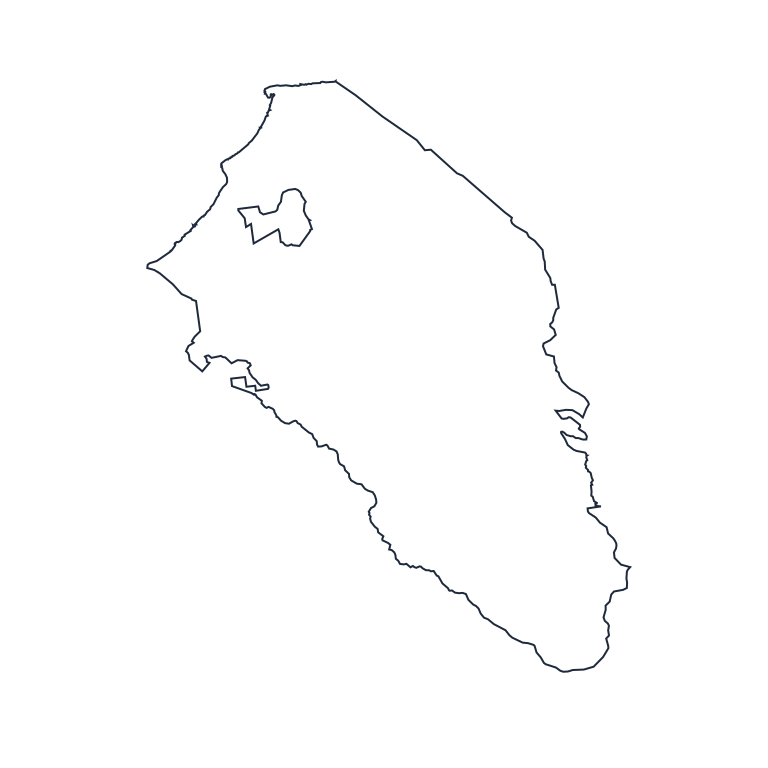 Asahan, Sumatera Utara, Indonesia, rotated 262°
{"feature_id": "22746128B26461090721788", "entity_name": "Asahan", "entity_type": "district", "adm_level": 2, "iso_a3": "IDN", "parent_name": "Indonesia", "parent_adm1": "Sumatera Utara", "projection": "orthographic", "projection_center": [99.752, 2.847], "detail": "fine", "context": "isolated", "style": "outline", "palette": "slate", "viewbox_px": 768, "rotation_deg": 262, "n_neighbors": 0, "source": "geoboundaries", "source_scale": "gbopen_adm2", "svg_char_len": 6153}
<svg xmlns="http://www.w3.org/2000/svg" viewBox="0 0 768 768"><g transform="rotate(262 384 384)"><path d="M690.8,378.3L690.2,377.2L690.8,368.4L691.9,365.1L691.8,363.6L690.9,362.8L691.7,355.0L691.1,353.7L691.8,351.0L691.2,348.8L691.8,348.3L691.4,346.6L692.6,343.0L691.6,343.1L691.1,340.7L692.0,337.4L691.7,334.6L693.4,328.6L693.7,322.7L694.6,320.0L694.3,312.4L692.6,307.2L691.0,306.4L690.4,307.0L689.8,306.4L689.5,306.9L688.2,306.5L688.3,307.2L683.8,309.0L683.4,310.4L684.0,311.5L686.1,312.3L687.4,312.0L685.9,313.0L686.5,315.0L685.9,315.6L685.1,315.5L683.5,313.5L678.0,311.3L676.0,309.7L675.4,310.1L671.9,308.4L671.1,309.4L670.7,307.8L668.8,306.7L668.8,306.1L666.7,306.2L666.2,305.6L665.8,306.0L665.3,304.2L661.5,302.3L655.9,298.0L655.2,298.1L655.2,297.0L654.6,297.4L653.3,295.6L649.9,293.5L643.5,287.0L643.8,286.3L643.3,286.7L641.4,283.7L640.3,283.0L633.7,272.6L633.6,271.5L632.8,271.0L632.2,268.9L631.2,267.7L630.9,265.7L630.2,265.5L629.7,263.4L629.0,263.3L628.8,261.3L628.0,260.8L628.3,259.8L627.7,258.1L625.2,253.8L624.4,253.3L623.4,253.8L622.7,253.1L622.0,253.7L621.3,253.1L620.3,253.9L617.6,254.0L613.8,256.1L610.2,257.2L605.9,256.8L603.9,255.5L601.4,251.9L597.4,248.3L595.7,247.0L593.9,246.6L591.9,244.4L585.7,240.1L583.4,237.0L581.3,236.2L579.2,232.8L576.3,230.3L575.9,229.0L575.0,228.7L575.1,227.3L572.6,223.8L569.5,220.3L568.6,220.4L569.0,219.7L568.5,218.9L568.0,219.8L566.3,218.6L566.2,217.8L567.3,217.0L566.2,217.1L563.2,213.6L562.5,213.9L559.6,207.3L558.4,207.3L557.1,204.4L555.0,203.6L554.0,202.3L553.1,200.1L553.5,198.5L552.7,196.8L552.0,197.0L551.7,196.2L550.3,196.5L545.9,192.4L545.7,191.2L545.0,191.2L537.4,176.1L536.2,168.7L535.0,166.6L531.8,165.7L528.9,172.4L524.8,177.4L512.1,188.8L501.2,196.1L495.4,205.2L494.2,205.6L492.4,209.4L461.8,209.3L457.2,203.1L454.7,200.9L453.1,199.7L451.3,201.3L448.9,195.7L444.0,192.5L442.2,194.1L440.0,194.8L434.4,194.8L421.8,205.8L429.2,214.1L430.6,211.7L433.7,211.8L436.1,210.5L436.7,212.8L436.7,214.2L433.9,216.9L434.5,226.5L433.1,228.1L432.4,230.6L425.7,235.9L428.0,242.3L426.3,250.0L425.5,251.4L424.2,251.9L423.3,254.0L421.0,254.6L418.5,251.1L416.2,252.3L413.8,252.4L408.9,254.8L406.1,257.5L402.3,259.5L399.4,261.9L399.7,268.5L399.1,269.2L396.5,269.3L395.3,268.4L395.1,256.2L400.2,256.2L400.4,247.4L410.2,247.4L410.6,233.4L403.1,233.2L393.5,251.5L391.5,253.7L392.1,254.2L391.5,255.2L388.4,256.5L384.4,260.7L381.9,260.0L377.9,262.8L376.7,264.4L377.4,266.5L374.9,270.4L373.2,271.6L371.5,271.6L367.7,273.1L366.5,272.9L365.8,274.4L362.0,276.9L359.0,280.6L357.9,284.4L359.7,289.0L360.0,291.0L359.5,292.1L357.3,293.1L355.4,295.8L353.2,296.5L346.4,302.9L344.4,305.9L340.4,306.8L336.8,309.4L333.3,309.3L331.2,310.0L330.9,313.4L331.9,318.3L331.0,319.4L327.7,320.6L326.1,324.9L323.8,327.6L320.9,328.4L315.1,328.1L312.4,328.6L310.8,329.4L308.0,333.0L304.0,333.5L299.9,336.8L296.5,336.6L293.1,338.1L289.1,343.2L287.8,347.8L283.0,350.4L280.8,353.0L278.4,357.8L274.9,359.4L270.7,360.1L267.4,359.9L264.2,357.4L263.0,353.9L259.6,351.1L258.3,351.7L256.6,351.0L254.5,352.3L252.6,351.5L249.4,351.9L244.0,355.0L241.4,357.5L237.9,357.6L233.3,362.2L230.7,360.6L229.4,360.8L226.1,365.8L223.9,367.9L219.4,366.1L218.5,368.5L215.9,370.7L213.4,371.5L209.3,371.4L207.0,373.5L203.6,374.8L202.6,378.5L202.8,381.2L198.8,384.7L199.8,387.3L198.3,388.7L197.5,390.6L198.4,393.6L198.1,395.1L196.1,396.6L193.8,399.6L193.2,402.9L192.0,404.4L191.9,407.2L187.0,409.5L186.0,411.1L178.4,414.1L172.8,419.0L170.6,419.7L170.1,420.4L170.1,422.6L167.5,425.3L166.4,429.2L166.2,432.8L164.6,435.9L158.6,437.5L153.2,441.6L151.4,444.2L148.5,446.4L143.2,447.8L138.7,450.5L136.6,454.2L130.9,459.4L123.2,470.1L117.8,473.2L114.9,475.8L108.6,485.3L107.3,490.6L104.8,495.9L103.6,496.7L96.9,497.7L91.4,501.2L85.6,503.5L84.0,505.1L79.3,514.8L75.5,518.7L74.1,521.5L73.7,526.2L74.5,531.1L73.4,542.2L74.9,552.3L83.2,563.0L91.1,569.4L93.3,569.6L101.0,568.6L103.6,571.8L108.8,571.7L113.3,573.1L115.6,572.4L118.7,569.7L122.3,568.9L129.5,572.1L133.7,572.6L137.1,577.2L143.8,579.7L146.5,582.8L146.9,592.1L148.2,596.1L153.6,597.1L157.7,597.0L164.3,598.4L166.1,599.5L168.4,602.3L172.1,593.6L179.7,588.1L185.3,588.3L188.7,590.8L191.5,591.7L193.8,591.8L196.6,590.9L199.4,589.5L204.8,585.1L211.2,584.5L216.7,578.5L222.3,575.1L227.6,569.1L229.3,568.2L232.5,568.3L232.6,581.8L233.9,576.6L235.9,576.6L235.9,577.9L236.6,578.3L238.7,575.7L243.3,575.0L244.6,573.7L248.7,574.6L254.9,574.8L255.2,576.2L257.4,575.4L259.6,577.5L262.1,576.7L267.0,576.3L268.6,575.1L269.1,573.9L270.4,574.1L273.0,572.2L274.7,572.8L276.2,572.0L279.5,573.5L280.3,574.7L282.9,574.1L284.6,574.5L285.0,575.3L285.3,574.5L287.0,574.4L288.2,573.4L290.9,565.4L292.5,562.7L297.9,557.5L304.3,555.6L310.9,552.5L312.0,552.8L312.0,554.0L310.7,555.7L308.1,557.7L306.4,561.3L306.0,563.9L303.8,566.3L303.4,569.0L301.3,573.2L300.9,576.6L303.9,577.6L307.6,576.2L312.2,570.8L312.8,570.7L314.4,572.3L316.3,572.4L324.9,564.1L325.4,562.2L324.5,560.5L324.5,557.1L325.1,555.1L333.7,550.3L332.9,553.6L333.1,560.5L331.9,566.9L327.0,573.1L323.2,576.2L331.6,581.0L335.5,584.1L338.0,583.5L343.1,580.6L347.8,575.2L351.9,568.9L354.7,566.1L361.7,560.8L367.6,558.9L371.0,558.6L373.4,556.2L376.6,557.2L381.0,555.8L387.6,556.1L390.7,548.8L399.3,546.7L401.9,547.7L404.2,554.6L408.7,560.9L414.4,560.0L417.9,556.7L420.3,557.0L421.6,559.1L423.6,560.5L426.0,560.8L433.8,564.9L435.1,567.6L458.5,567.0L458.8,564.3L462.4,563.4L465.9,563.4L474.8,559.5L482.9,560.2L486.0,559.5L494.7,559.7L504.9,553.1L509.7,547.8L513.9,546.5L522.2,535.9L525.4,533.2L528.2,532.6L530.9,533.8L537.2,527.5L579.2,491.0L582.5,485.6L609.5,463.0L609.8,457.0L620.9,450.4L649.0,419.8L673.9,396.1L690.3,378.2L690.8,378.3ZM567.6,269.1L576.1,263.9L577.6,264.1L577.3,284.2L571.3,285.1L568.7,288.1L570.0,300.6L571.3,302.5L575.4,304.1L578.8,307.3L585.1,309.1L587.7,310.7L589.5,316.3L589.5,323.3L587.9,325.9L585.1,328.1L581.6,328.7L575.3,331.9L573.5,330.4L566.7,328.7L561.8,330.0L557.5,332.2L556.6,333.4L556.4,332.4L547.4,334.2L546.8,332.3L545.6,332.1L532.5,319.5L534.1,312.9L535.2,311.8L534.3,308.7L534.5,307.2L535.2,305.6L538.4,303.4L538.9,301.5L548.3,301.6L551.9,300.9L541.3,274.5L561.0,274.6L558.6,269.2L567.6,269.1Z" fill="none" stroke="#1e293b" stroke-width="2"/></g></svg>